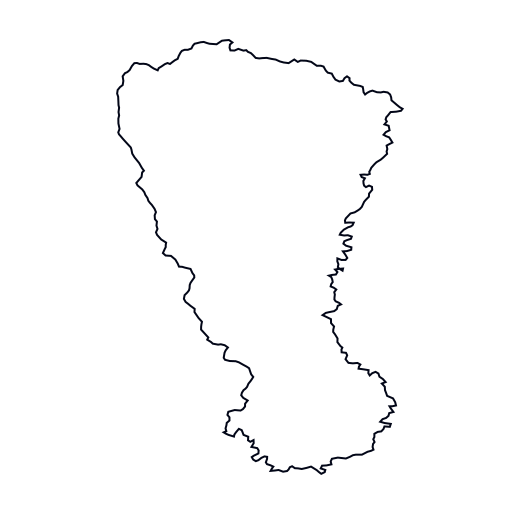 the district of Mimoso de Goiás, Goiás, Brazil, rotated 275°
{"feature_id": "56859067B56416792838659", "entity_name": "Mimoso de Goiás", "entity_type": "district", "adm_level": 2, "iso_a3": "BRA", "parent_name": "Brazil", "parent_adm1": "Goiás", "projection": "equal_earth", "projection_center": [-48.343, -15.009], "detail": "fine", "context": "isolated", "style": "outline", "palette": "ink", "viewbox_px": 512, "rotation_deg": 275, "n_neighbors": 0, "source": "geoboundaries", "source_scale": "gbopen_adm2", "svg_char_len": 5734}
<svg xmlns="http://www.w3.org/2000/svg" viewBox="0 0 512 512"><g transform="rotate(275 256 256)"><path d="M440.5,151.0L439.2,148.5L436.5,145.2L434.7,142.7L432.4,141.9L433.8,137.9L435.2,135.2L436.8,132.6L437.6,130.0L437.7,127.1L437.2,123.3L437.9,120.6L437.5,118.0L434.4,115.8L430.2,113.9L428.0,111.8L426.7,109.5L423.4,107.5L418.9,108.6L414.7,108.3L412.4,105.8L409.3,103.7L405.7,103.5L402.7,104.8L397.5,105.5L394.3,105.9L391.8,106.7L387.4,106.5L384.1,107.4L380.8,106.9L376.0,107.4L370.7,109.0L367.2,108.0L365.3,108.9L363.3,111.0L361.2,113.1L358.4,116.1L353.2,121.8L351.3,122.6L347.2,123.8L343.7,126.4L338.4,131.5L334.0,134.5L331.2,136.9L329.3,135.3L324.8,135.1L318.3,130.4L316.0,131.8L312.4,136.9L309.8,139.2L307.3,140.4L304.2,142.9L301.7,143.9L299.8,145.6L297.8,147.8L294.2,150.8L291.0,152.5L287.7,151.5L283.9,152.1L281.7,154.3L277.6,154.2L274.4,155.5L270.9,154.3L268.4,155.6L264.2,160.1L261.5,165.3L259.1,165.1L257.0,165.3L254.8,164.4L250.8,163.0L248.6,165.9L248.7,171.3L245.4,176.0L241.6,178.7L238.7,180.2L238.8,183.4L238.2,186.3L237.4,191.9L233.4,194.2L231.3,196.1L229.2,196.4L225.8,194.4L223.5,193.1L221.3,192.5L218.1,192.6L215.9,192.2L213.6,190.7L210.8,188.3L207.0,187.9L204.1,189.9L202.4,192.6L200.7,195.0L198.0,199.5L194.8,199.6L191.5,202.3L189.2,204.2L185.8,207.9L183.3,207.6L180.8,207.5L177.9,207.7L174.9,211.0L172.6,213.5L170.7,215.6L168.4,214.7L166.4,218.7L164.9,220.6L164.4,226.0L165.0,228.7L164.4,232.6L162.4,236.0L159.4,234.0L156.9,233.1L151.8,232.7L149.9,234.2L149.1,239.0L149.4,244.9L148.6,248.2L146.5,252.8L145.0,256.3L143.6,258.9L140.8,260.1L137.7,261.5L135.3,263.8L133.1,262.7L130.8,261.4L128.2,259.6L124.8,258.5L122.9,257.1L121.3,255.3L118.6,253.9L116.0,253.4L113.6,255.6L111.3,260.3L107.9,258.0L105.1,258.2L102.3,256.3L100.7,254.1L100.7,248.2L98.4,242.0L95.2,241.4L93.0,243.6L89.8,243.9L87.2,241.4L84.9,241.3L81.6,240.7L78.9,241.7L77.5,239.2L76.4,241.4L75.4,244.2L74.2,249.8L76.2,250.0L78.6,251.4L82.3,254.0L81.3,256.9L79.4,257.9L76.7,259.2L75.3,264.0L71.7,264.1L70.4,266.5L72.4,269.6L69.3,270.0L65.4,268.1L64.7,274.0L62.5,275.6L59.5,275.6L56.8,271.1L55.3,269.3L53.0,270.9L51.6,273.7L52.8,276.2L55.4,279.0L57.1,281.9L56.9,284.6L54.8,284.7L51.3,283.8L49.6,285.1L48.8,288.6L47.7,291.6L45.7,290.4L43.2,289.3L44.0,293.7L44.8,297.1L43.5,301.8L44.5,305.7L46.2,307.1L48.5,308.1L49.7,310.3L48.0,313.2L48.1,316.5L47.8,320.1L49.3,324.8L51.0,329.2L48.0,335.1L46.2,337.6L44.7,340.0L46.7,343.3L48.9,343.7L50.0,339.0L52.9,340.1L53.5,344.4L55.0,349.3L57.8,348.3L60.6,349.3L62.3,355.1L62.1,363.2L64.2,367.2L66.0,369.9L66.8,372.8L67.3,378.8L70.7,384.2L71.9,387.5L73.3,389.9L75.9,388.8L79.0,389.0L81.0,390.3L83.7,388.8L86.0,389.7L89.2,389.4L91.4,392.6L92.2,396.1L94.8,398.1L97.4,398.8L97.5,404.2L100.5,404.9L100.8,398.8L101.7,394.2L104.5,396.3L106.0,399.7L108.3,401.9L111.1,402.4L112.6,406.5L116.1,403.4L117.9,402.1L118.2,404.9L119.3,408.5L122.5,407.4L126.1,404.9L128.1,398.8L131.0,397.5L133.6,396.2L137.0,395.7L139.9,392.5L141.7,396.1L144.5,393.1L146.5,389.5L149.6,388.2L151.0,385.2L149.4,382.0L146.9,379.7L149.1,378.1L152.1,378.1L152.5,372.5L152.7,368.0L154.8,368.2L157.0,369.4L158.3,366.4L157.5,361.8L157.6,357.4L161.0,354.2L165.0,355.5L167.4,354.1L167.5,349.7L170.3,349.3L172.3,350.0L173.6,348.0L177.3,344.6L181.0,344.4L184.9,341.5L187.1,339.5L189.5,339.4L192.6,339.9L195.7,336.6L199.6,336.2L201.3,331.8L202.9,327.5L205.4,330.5L206.4,333.6L207.9,338.7L210.1,341.1L213.5,341.8L215.2,344.9L216.6,342.8L217.8,339.3L219.5,337.9L221.7,337.8L224.5,337.9L226.8,337.1L229.6,338.9L231.2,336.2L232.2,333.0L234.6,333.4L236.7,334.7L239.2,334.0L241.6,332.8L242.8,330.4L243.8,333.5L244.5,337.2L247.1,338.5L249.4,336.0L250.5,340.3L252.1,338.5L255.0,338.8L257.7,337.5L260.7,337.3L259.5,341.6L259.9,345.6L262.0,347.1L265.1,344.9L268.2,342.2L268.8,346.1L270.5,350.3L273.0,350.3L274.1,344.8L275.9,342.0L278.4,342.7L279.8,345.3L281.4,349.1L283.7,349.7L284.7,345.7L284.1,342.0L284.5,337.6L286.6,338.4L289.9,341.2L292.7,345.3L293.6,347.7L295.1,349.5L297.7,350.4L297.5,346.0L296.9,342.0L299.2,341.5L301.3,342.2L303.3,343.8L306.6,346.4L308.1,350.5L310.3,353.5L311.8,355.3L314.1,357.1L316.6,358.0L319.4,359.0L321.4,360.4L324.9,363.3L328.0,363.2L332.1,366.0L335.0,365.5L336.0,362.5L334.2,359.5L335.5,357.6L337.6,356.8L340.1,356.4L342.9,357.7L343.8,354.4L346.0,353.1L346.6,356.6L346.6,359.9L347.7,362.2L349.7,361.5L351.7,362.4L354.0,363.2L357.8,366.0L359.9,367.8L362.8,371.8L365.0,374.0L367.4,376.1L369.2,377.7L371.5,377.0L374.0,377.5L377.4,376.5L379.3,379.4L380.9,382.0L383.4,380.2L385.8,378.3L386.7,375.1L387.9,372.5L390.7,374.5L392.9,378.1L397.3,376.8L398.3,372.5L401.4,374.6L403.4,373.2L405.6,373.7L407.6,375.2L411.1,377.5L412.0,383.2L413.3,387.8L415.4,389.2L416.7,386.3L418.9,383.0L422.9,377.4L425.9,376.8L428.6,375.5L430.4,372.9L430.7,368.8L429.8,366.0L429.7,362.2L430.9,357.6L429.9,355.1L428.2,352.5L426.4,350.6L428.5,348.9L431.6,348.2L433.7,347.6L434.5,344.9L435.1,338.6L437.0,335.8L438.9,333.8L441.3,333.7L442.9,331.0L440.9,328.7L438.0,327.3L437.1,323.8L438.6,319.8L441.3,317.5L444.3,315.6L444.9,311.5L446.8,309.4L448.8,308.0L450.6,306.8L451.2,304.0L450.8,300.0L452.5,297.0L454.2,294.1L454.9,289.0L454.6,283.5L453.0,280.7L455.1,277.0L451.0,271.7L451.2,266.7L451.9,262.8L453.4,258.5L453.7,254.3L454.3,249.4L453.7,245.1L453.1,242.0L453.3,238.4L455.9,235.5L457.7,233.2L458.7,230.1L460.2,228.4L459.5,225.6L460.8,220.3L458.8,216.7L458.6,212.6L461.2,211.5L464.4,211.6L466.7,213.9L468.8,210.2L468.1,206.1L467.5,203.3L463.5,198.3L463.4,191.1L463.9,188.5L464.7,185.3L464.1,182.2L462.9,178.8L462.1,176.3L460.1,174.8L457.1,173.6L455.5,170.2L455.2,166.9L453.9,164.3L452.1,163.1L448.6,161.6L445.6,160.8L443.9,158.1L441.7,155.6L439.8,153.6L440.5,151.0ZM250.5,340.3L248.9,343.5L251.1,343.8L250.5,340.3Z" fill="none" stroke="#020617" stroke-width="2"/></g></svg>